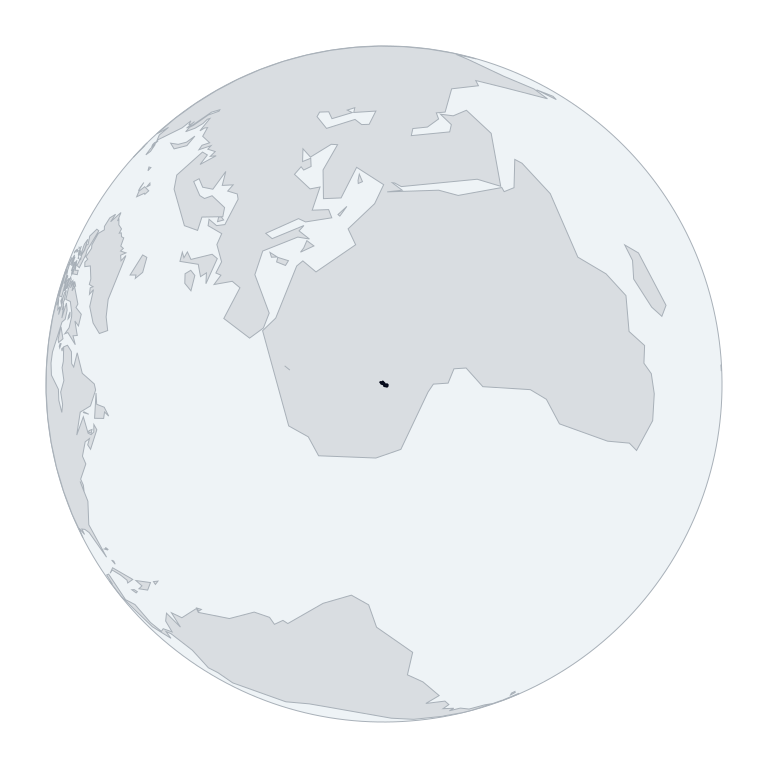 globe centered on Namentenga, rotated 305°
{"feature_id": "BFA-2824", "entity_name": "Namentenga", "entity_type": "Province", "adm_level": 1, "iso_a3": "BFA", "parent_name": "Burkina Faso", "parent_adm1": "", "projection": "orthographic", "projection_center": [-0.489, 13.195], "detail": "fine", "context": "on_globe", "style": "filled", "palette": "ink", "viewbox_px": 768, "rotation_deg": 305, "n_neighbors": 0, "source": "natural_earth", "source_scale": "10m", "svg_char_len": 9696}
<svg xmlns="http://www.w3.org/2000/svg" viewBox="0 0 768 768"><g transform="rotate(305 384 384)"><circle cx="384" cy="384" r="338" fill="#eef3f6" stroke="#a8b0b8"/><path d="M296.0,57.7L294.6,58.2L260.7,70.9L266.8,69.0L257.8,74.1L261.6,74.2L254.2,77.6L263.5,74.9L269.5,71.9L275.6,70.0L278.4,70.1L269.5,74.0L266.8,74.5L265.6,75.8L260.0,77.9L264.4,76.9L253.2,82.3L268.2,77.4L262.7,82.1L254.2,85.7L250.0,84.7L220.0,94.1L210.2,99.2L200.5,106.5L192.9,120.3L184.1,127.0L175.9,136.4L183.0,132.4L191.9,123.8L203.2,119.8L212.8,110.9L218.7,108.3L230.7,100.3L234.2,102.5L231.2,109.4L221.5,116.5L219.9,120.1L233.6,114.8L219.7,130.7L217.9,146.6L213.7,151.2L197.7,156.1L186.7,151.3L165.9,161.6L184.7,156.5L174.0,169.8L174.5,173.1L178.2,173.8L184.4,169.6L181.8,175.0L162.2,181.1L164.2,176.2L170.4,174.0L165.2,172.4L151.9,178.4L147.5,185.6L132.1,190.1L128.7,195.7L123.5,200.4L129.9,190.9L118.1,208.7L99.4,222.9L83.0,256.1L93.2,227.7L93.3,222.3L91.9,219.7L89.0,225.0L91.0,217.0L86.1,224.5L85.5,225.6L98.1,203.8L112.3,183.1L128.0,163.4L145.2,144.9L163.6,127.8L183.3,112.1L204.1,97.9L225.9,85.3L248.6,74.4L272.0,65.2L296.0,57.7ZM65.2,271.9L64.3,276.4L68.5,266.4L70.3,267.5L59.1,296.0L60.5,306.5L54.7,329.4L53.7,343.5L56.9,343.5L59.4,352.6L64.6,341.1L71.5,337.3L68.1,356.7L74.7,341.1L76.6,352.5L92.5,359.1L90.4,362.9L103.2,391.9L122.7,408.5L127.2,424.1L124.3,432.1L132.4,436.8L132.6,442.6L169.4,459.9L192.3,478.4L194.3,498.1L180.5,517.4L180.6,561.4L159.2,570.0L162.3,586.8L160.4,607.9L146.3,601.5L159.2,615.8L158.6,621.0L151.9,618.6L158.4,627.1L153.8,625.0L162.3,632.4L166.5,640.1L178.8,650.4L184.8,656.5L193.1,662.4L191.1,661.2L192.0,662.0L196.0,664.8L193.0,662.8L167.0,643.0L162.6,639.2L159.8,636.8L146.3,623.2L147.5,625.0L126.3,600.6L114.4,581.6L85.8,520.4L79.1,506.2L67.4,485.9L52.4,431.5L52.3,413.6L50.8,402.9L56.0,379.7L57.3,352.7L56.2,347.4L53.5,355.4L52.3,333.6L55.6,312.3L59.2,290.8L65.2,271.9ZM77.8,267.1L79.8,290.3L74.0,288.2L75.9,286.0L76.4,277.5L75.7,268.1L71.9,268.2L77.8,267.1ZM89.2,251.9L88.4,249.5L89.8,250.5L89.2,251.9ZM227.9,99.8L229.2,100.1L226.3,101.4L227.9,99.8ZM231.8,96.4L227.5,97.7L228.7,96.3L231.4,95.5L231.8,96.4ZM236.9,95.1L231.4,93.7L233.7,91.4L245.6,86.6L236.9,95.1ZM270.3,71.0L264.0,74.2L266.7,71.6L270.3,71.0ZM270.5,70.0L270.0,66.9L280.7,63.0L278.7,64.5L290.4,60.1L295.9,59.6L290.6,61.9L282.7,64.3L290.8,62.5L270.5,70.0ZM278.3,69.1L277.3,68.5L286.4,64.9L290.2,65.5L286.0,66.4L278.3,69.1ZM290.9,59.5L298.3,57.4L304.8,56.3L308.5,55.5L296.9,59.3L290.9,59.5ZM285.3,67.3L291.8,66.1L290.0,68.0L279.9,69.5L285.3,67.3ZM287.2,63.9L291.7,62.4L290.4,63.4L287.2,63.9ZM287.3,75.3L285.8,73.9L290.5,71.9L287.3,75.3ZM294.4,65.5L295.0,64.9L296.7,64.1L300.5,63.8L294.4,65.5ZM302.3,58.6L303.4,58.8L307.4,56.9L312.3,56.5L303.7,59.4L309.5,58.0L311.0,57.9L302.2,60.4L302.3,58.6ZM309.4,61.4L300.0,65.8L301.7,68.3L297.6,70.0L295.7,65.8L309.4,61.4ZM305.9,60.5L307.1,61.3L301.4,62.7L297.1,63.1L305.9,60.5ZM318.9,55.5L313.4,55.2L315.5,54.7L318.9,55.5ZM311.0,61.7L313.2,60.7L311.7,61.7L311.0,61.7ZM317.7,56.9L315.5,56.7L317.9,56.1L317.7,56.9ZM319.4,59.1L316.4,60.3L313.4,60.4L319.4,59.1ZM319.5,57.8L323.4,57.0L314.1,59.7L318.2,57.8L319.5,57.8ZM320.3,56.3L321.1,55.9L320.9,56.5L320.3,56.3ZM332.7,58.4L321.7,61.8L315.0,61.8L326.6,58.4L332.7,58.4ZM195.3,664.3L197.0,665.4L193.7,662.9L207.7,671.7L207.5,672.1L197.6,665.9L195.3,664.3ZM201.9,666.0L203.9,665.7L207.3,667.6L206.6,668.4L201.9,666.0ZM703.2,273.0L695.4,254.3L698.1,266.6L704.8,305.7L711.7,337.6L711.4,354.3L696.3,313.8L685.2,285.1L682.5,290.3L664.6,270.1L641.8,278.1L636.1,271.3L632.4,276.7L619.4,272.2L609.8,261.1L603.1,263.9L628.2,293.2L635.1,290.4L637.4,275.5L643.4,286.9L655.5,294.5L650.8,328.0L612.9,366.2L605.2,342.9L555.6,284.9L554.8,277.5L554.4,276.7L553.6,275.3L553.2,287.7L543.2,276.4L574.1,317.6L581.0,336.6L612.5,367.8L610.5,372.1L619.4,377.9L643.0,362.3L644.0,370.4L635.3,411.0L599.1,470.0L601.6,502.7L595.2,531.5L567.6,554.6L565.0,575.4L550.1,585.0L545.8,597.0L531.0,611.0L508.1,625.1L474.4,629.0L476.3,618.9L465.4,599.9L452.0,550.6L464.6,525.8L463.3,507.1L438.5,466.5L444.2,442.1L436.6,432.6L421.5,436.0L412.2,424.5L402.6,424.7L340.1,435.3L318.7,419.8L287.7,371.6L297.3,352.3L295.0,330.0L358.0,254.0L375.9,257.5L430.6,244.8L438.3,246.9L436.8,264.0L481.8,280.9L490.5,265.6L526.4,272.9L547.1,269.4L545.8,237.3L511.8,242.1L501.1,228.1L524.4,211.3L553.4,208.7L550.1,203.3L527.7,193.6L530.2,182.7L519.5,189.7L526.9,194.5L520.4,199.5L513.2,195.5L514.4,191.5L504.4,190.4L501.4,211.5L508.7,218.6L485.2,225.5L495.1,238.6L490.2,245.9L471.8,226.8L470.4,219.1L439.6,200.7L438.9,209.0L467.9,227.5L460.7,226.6L460.0,239.8L454.9,229.1L423.4,208.4L399.5,215.5L376.2,249.3L360.7,253.1L344.5,247.6L345.8,215.2L380.2,210.8L381.1,200.8L368.0,187.7L379.6,188.0L378.5,182.6L390.9,180.9L402.4,167.1L414.1,164.8L412.8,149.1L418.6,146.2L417.7,156.0L423.3,162.2L451.7,158.5L455.5,154.8L452.4,145.3L460.6,146.2L453.9,137.6L467.4,132.5L445.4,132.1L441.2,122.6L446.1,114.8L440.7,112.0L432.7,125.0L433.0,130.6L439.6,135.2L437.1,152.2L428.6,156.0L416.3,139.1L402.9,143.2L399.2,129.7L423.2,100.3L436.3,94.4L469.9,102.3L470.3,107.9L458.3,107.4L474.7,115.6L470.8,111.1L477.6,112.4L475.3,105.0L480.0,105.6L469.7,98.0L475.2,98.0L481.6,102.8L482.9,93.4L492.8,92.4L490.8,90.2L485.8,88.0L501.7,89.1L499.5,87.4L493.5,86.3L485.3,82.6L476.9,76.8L482.8,77.5L486.7,79.6L503.6,85.8L512.9,92.4L514.5,92.2L507.8,86.8L487.1,79.0L480.4,75.5L490.3,78.3L486.2,77.0L484.7,75.5L488.8,74.9L478.0,71.7L453.6,58.3L459.1,57.1L470.6,60.3L459.9,55.2L466.9,56.4L461.4,55.1L458.4,54.4L482.0,60.6L505.2,68.6L527.7,78.2L549.5,89.4L570.4,102.1L590.3,116.3L609.1,132.0L626.7,148.9L643.1,167.1L658.1,186.4L671.7,206.8L683.8,228.1L694.3,250.2L703.2,273.0ZM341.9,292.2L341.4,298.9L341.9,292.2ZM588.2,222.9L602.9,220.8L589.1,203.5L593.6,201.6L587.3,196.8L588.1,202.3L571.5,189.2L575.3,182.6L569.8,175.3L564.6,175.8L560.4,190.3L584.1,208.5L583.7,216.9L588.2,222.9ZM93.1,359.1L94.6,363.7L91.7,362.6L93.1,359.1ZM70.8,295.4L72.3,297.3L72.4,301.1L70.7,300.8L70.8,295.4ZM89.9,308.5L92.9,311.9L88.7,311.7L89.9,308.5ZM80.7,293.5L87.4,306.6L79.6,308.6L75.7,300.7L79.8,301.5L80.7,293.5ZM83.5,261.9L83.9,264.2L82.2,267.2L83.5,261.9ZM90.2,252.8L89.6,252.7L90.4,249.5L90.2,252.8ZM175.1,169.4L176.6,169.1L179.3,170.9L175.9,172.3L175.1,169.4ZM204.5,168.1L199.8,176.9L200.8,171.1L195.0,174.1L189.9,166.6L211.4,153.3L202.6,160.3L204.5,168.1ZM189.1,154.1L189.9,159.5L188.2,154.2L189.1,154.1ZM360.2,157.8L366.3,160.5L364.4,166.8L349.6,172.4L352.2,163.1L360.2,157.8ZM375.5,163.2L367.4,146.5L376.3,143.2L372.7,147.7L379.4,147.2L375.3,154.4L391.7,168.8L391.1,175.5L364.0,180.6L373.2,174.8L366.7,172.1L375.5,163.2ZM331.0,118.3L327.6,113.5L351.3,112.3L351.7,117.1L337.0,122.3L327.8,119.7L331.0,118.3ZM259.0,88.0L256.1,87.9L258.6,86.6L263.0,85.5L259.0,88.0ZM286.2,74.8L273.9,87.4L270.0,87.8L267.5,96.0L256.3,100.4L258.3,94.7L247.8,104.9L245.1,101.6L239.1,108.6L244.8,95.5L242.0,93.7L249.4,93.8L259.8,89.6L263.4,87.3L271.7,79.7L270.8,74.9L280.9,70.8L288.3,69.3L290.1,69.8L282.9,72.1L290.4,71.2L281.4,75.0L286.2,74.8ZM369.1,66.8L360.1,67.0L373.6,70.2L364.7,72.2L366.8,72.5L362.3,75.5L360.5,80.0L355.7,80.6L357.1,82.1L354.1,84.5L354.4,87.0L346.0,89.3L345.6,92.7L341.8,91.9L343.4,97.4L338.4,94.4L334.1,97.9L341.2,98.9L295.1,109.5L279.6,117.9L269.3,127.0L262.1,121.9L267.1,110.7L278.7,98.5L294.7,91.9L288.5,91.3L294.3,88.2L296.8,89.9L296.5,85.5L301.9,83.6L312.3,75.7L308.5,71.6L312.2,69.1L316.4,69.7L317.1,66.9L327.5,66.6L330.4,64.9L343.5,63.6L349.9,66.5L352.7,64.6L362.8,64.1L369.1,66.8ZM336.4,58.1L346.1,60.0L345.9,62.5L323.1,64.1L319.1,65.6L304.5,67.7L305.0,64.4L309.1,64.0L313.2,62.9L311.4,64.4L316.0,62.4L321.8,62.0L326.9,60.6L328.7,61.5L336.4,58.1ZM444.1,240.0L449.4,240.2L457.2,238.6L456.9,247.4L444.1,240.0ZM422.4,226.0L426.8,224.4L430.2,235.0L424.6,235.3L422.4,226.0ZM426.4,215.1L426.8,223.6L423.3,219.1L426.4,215.1ZM421.5,154.5L425.9,152.8L427.5,154.9L426.4,158.6L421.5,154.5ZM407.3,80.5L402.2,79.3L402.8,78.3L395.5,74.0L401.5,72.7L408.3,74.8L407.3,80.5ZM541.7,243.4L537.4,250.3L533.5,247.9L535.8,246.0L541.7,243.4ZM496.4,249.1L508.2,251.7L496.2,251.5L496.4,249.1ZM412.7,78.3L409.0,76.5L414.3,77.0L412.7,78.3ZM405.6,71.6L411.3,71.7L401.4,72.0L405.6,71.6ZM593.1,648.8L590.3,651.4L588.0,652.9L593.1,648.8ZM637.3,517.3L610.2,569.9L598.8,572.8L600.5,559.2L613.2,528.3L627.8,516.7L636.0,501.4L637.3,517.3ZM712.5,340.2L716.6,357.4L715.8,362.0L712.5,340.2ZM458.9,71.1L462.3,78.0L468.8,83.5L478.6,86.9L466.2,85.8L456.2,77.2L458.9,71.1ZM453.7,59.5L445.0,57.6L447.6,57.2L450.0,57.6L453.7,59.5ZM449.2,59.2L440.7,59.3L435.1,57.5L442.9,57.7L449.2,59.2ZM427.0,67.0L427.6,68.9L423.3,68.3L427.0,67.0ZM444.3,51.5L445.7,51.8L441.1,50.9L441.2,51.0L444.3,51.5ZM429.1,49.1L431.6,49.5L425.9,48.7L426.6,48.8L429.1,49.1ZM438.9,50.9L431.6,49.5L442.1,51.4L438.9,50.9Z" fill="#d9dde1" stroke="#a8b0b8" stroke-width="1"/><path d="M383.3,388.1L383.3,387.5L383.2,387.2L382.9,387.1L382.9,386.7L382.8,386.4L382.5,386.1L382.3,385.7L382.2,385.4L382.2,385.2L382.3,385.1L382.7,385.4L382.8,385.3L382.9,385.2L382.9,384.7L382.9,384.3L383.0,384.0L383.1,383.6L383.0,383.3L382.9,383.0L382.9,382.6L382.7,382.5L382.7,382.3L382.5,381.7L382.5,381.4L382.6,381.2L382.8,381.0L382.9,380.8L383.0,380.4L383.0,380.1L383.0,379.9L383.3,379.7L383.6,379.8L383.8,380.0L384.1,380.3L384.2,380.5L384.3,380.8L384.4,381.0L384.5,381.1L384.7,381.3L384.9,381.4L385.3,381.4L385.5,381.5L385.4,381.8L385.4,382.0L385.5,382.2L385.5,382.3L385.3,382.5L385.1,382.7L385.1,382.9L385.2,383.0L385.2,383.3L385.1,383.6L385.0,383.8L385.1,384.0L384.9,384.4L384.7,384.7L384.7,385.2L384.7,385.4L384.8,385.6L385.0,385.9L385.1,386.0L385.4,386.2L385.7,386.4L385.5,386.9L385.6,387.0L385.7,387.3L385.7,387.5L384.6,388.3L384.3,388.3L383.3,388.1L383.3,388.1Z" fill="#0f172a" stroke="#020617" stroke-width="1.5"/></g></svg>